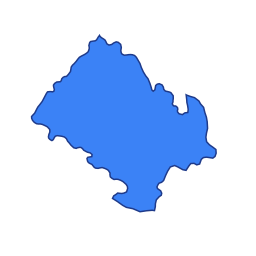 Nyasvizh, Minsk, Belarus, rotated 209°
{"feature_id": "67162791B10653728732828", "entity_name": "Nyasvizh", "entity_type": "district", "adm_level": 2, "iso_a3": "BLR", "parent_name": "Belarus", "parent_adm1": "Minsk", "projection": "mercator", "projection_center": [26.624, 53.238], "detail": "fine", "context": "isolated", "style": "filled", "palette": "blue", "viewbox_px": 256, "rotation_deg": 209, "n_neighbors": 0, "source": "geoboundaries", "source_scale": "gbopen_adm2", "svg_char_len": 3039}
<svg xmlns="http://www.w3.org/2000/svg" viewBox="0 0 256 256"><g transform="rotate(209 128 128)"><path d="M64.8,68.6L66.0,72.5L67.3,75.0L68.4,78.9L67.4,83.1L66.3,85.3L66.9,87.3L69.0,88.9L72.8,89.3L74.1,90.5L74.3,92.9L74.1,94.8L72.3,96.8L71.4,99.3L72.1,104.9L72.4,109.6L72.1,114.5L69.0,117.8L65.7,118.1L59.8,118.1L56.7,119.1L56.4,124.0L55.9,127.3L53.1,129.1L50.0,129.1L47.9,131.2L48.7,136.1L47.7,138.7L45.3,140.5L43.5,141.2L39.2,142.8L38.1,145.3L38.7,148.7L40.7,151.8L44.1,152.3L48.7,152.8L52.6,154.1L55.4,157.7L56.9,161.6L58.2,166.2L61.8,171.9L64.7,175.5L68.3,178.8L71.9,182.7L76.2,184.2L79.1,186.0L84.5,186.8L88.9,185.8L92.7,185.2L93.2,185.2L90.5,181.4L88.8,178.8L86.9,176.7L85.1,174.4L84.2,173.1L83.2,170.5L83.8,170.1L85.5,168.9L86.0,168.0L86.9,166.1L90.2,165.2L92.4,166.0L93.3,167.3L93.4,168.2L94.3,169.6L95.9,170.3L97.1,170.3L98.4,169.6L99.2,169.5L101.0,170.6L101.3,172.6L102.0,173.9L102.7,175.7L104.1,178.1L107.6,179.7L108.9,179.6L110.9,179.1L113.2,178.4L115.4,179.1L116.9,180.9L119.1,182.2L122.1,181.9L123.7,180.5L124.4,178.6L123.8,176.8L123.0,174.4L123.8,172.4L125.7,172.9L127.2,174.6L130.3,177.5L132.9,179.6L134.4,180.8L137.8,182.2L141.8,184.5L145.7,187.4L148.8,190.2L155.0,193.9L157.4,194.6L159.7,194.2L161.3,193.5L162.8,192.6L164.2,191.5L166.5,189.9L168.8,189.7L170.3,190.4L171.8,192.2L172.9,195.2L175.0,197.6L178.1,198.2L180.1,197.6L181.7,195.5L182.8,193.1L184.9,191.3L187.3,191.4L189.3,192.9L190.8,193.8L192.5,194.0L194.6,194.1L196.4,194.4L197.7,195.0L197.8,195.1L198.1,193.2L198.2,189.8L199.0,188.3L200.9,186.9L202.7,185.4L202.9,184.0L202.2,181.2L201.1,179.9L200.3,178.4L199.8,175.4L200.5,173.4L201.6,171.3L203.5,168.5L204.8,166.3L205.3,163.7L205.6,161.2L206.3,158.1L207.0,156.0L207.2,153.8L206.5,151.9L205.7,149.5L206.1,146.1L206.8,143.3L208.3,142.3L209.3,140.9L209.8,138.8L209.3,137.1L209.7,135.6L211.2,134.6L212.6,133.7L213.8,131.4L214.0,129.4L213.2,128.2L212.0,126.9L211.0,125.8L210.7,124.1L211.6,123.0L213.0,122.5L214.1,121.9L215.9,120.6L216.1,118.7L215.9,109.7L216.5,105.5L217.0,102.8L217.0,100.4L216.8,95.8L217.5,93.1L217.9,91.3L216.9,89.7L215.8,88.9L215.2,88.4L212.7,87.5L210.1,87.4L208.2,88.1L206.7,89.0L204.7,89.6L201.1,89.9L199.0,89.9L195.8,88.8L194.8,87.4L194.3,86.0L194.1,84.1L193.4,81.9L192.6,80.8L191.1,80.2L188.8,80.0L188.2,80.4L187.7,81.7L187.8,83.7L187.6,85.6L186.2,87.0L183.7,88.0L181.9,88.7L179.2,89.3L176.7,88.8L174.4,87.2L172.1,86.4L169.5,85.3L165.8,84.4L163.4,85.1L162.7,86.1L160.8,87.7L159.6,88.2L157.8,87.9L155.9,87.1L153.1,87.1L151.7,87.2L149.0,87.9L146.6,87.4L145.8,85.4L147.7,83.9L149.0,82.8L149.1,81.4L147.3,79.4L145.9,78.6L144.0,78.5L142.0,78.7L138.4,77.2L136.9,77.2L134.6,78.2L133.2,79.5L131.4,80.9L128.7,81.4L126.4,81.6L124.6,81.4L121.9,79.9L121.2,78.5L119.8,76.7L117.6,76.2L115.3,76.2L113.5,77.5L111.7,78.3L109.1,78.7L106.3,78.7L102.3,77.8L100.3,76.7L99.0,75.0L98.3,71.4L100.0,69.1L101.7,67.7L103.7,66.8L105.5,66.1L106.2,64.3L107.6,61.7L107.4,58.9L102.3,58.6L95.0,57.8L91.0,57.8L84.6,59.8L76.9,60.6L71.7,64.6L66.9,67.8L64.8,68.6Z" fill="#3b82f6" stroke="#1e3a8a" stroke-width="1.5"/></g></svg>